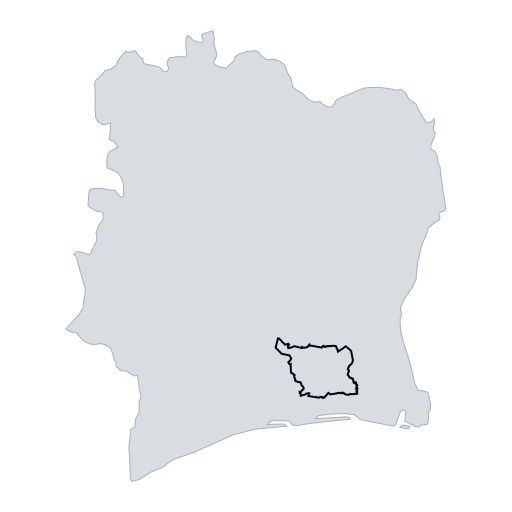 location of Agneby-Tiassa, Agnéby, Ivory Coast
{"feature_id": "98640826B52449815511854", "entity_name": "Agneby-Tiassa", "entity_type": "district", "adm_level": 2, "iso_a3": "CIV", "parent_name": "Ivory Coast", "parent_adm1": "Agnéby", "projection": "robinson", "projection_center": [-4.418, 5.953], "detail": "fine", "context": "in_parent", "style": "outline", "palette": "ink", "viewbox_px": 512, "rotation_deg": 0, "n_neighbors": 0, "source": "geoboundaries", "source_scale": "gbopen_adm2", "svg_char_len": 8830}
<svg xmlns="http://www.w3.org/2000/svg" viewBox="0 0 512 512"><path d="M104.8,70.4L106.7,70.4L111.5,68.8L115.8,65.2L119.9,57.7L125.4,51.7L131.5,52.1L133.3,51.0L135.5,50.8L138.1,54.8L140.7,57.8L142.5,57.9L143.8,63.6L155.1,66.0L159.9,67.5L163.9,71.7L165.3,71.8L167.1,70.9L168.4,69.5L168.7,67.9L166.9,64.1L167.7,60.7L169.5,57.7L172.4,57.5L176.8,56.7L181.8,56.7L185.5,57.2L187.0,54.2L185.6,45.7L186.0,41.0L186.6,37.1L188.0,35.5L193.5,40.5L198.6,42.2L202.3,42.4L203.3,41.4L201.7,36.0L202.2,34.4L203.5,33.5L205.9,32.9L212.4,30.7L213.1,31.2L214.3,39.7L213.7,42.5L215.1,48.2L216.7,53.6L216.6,55.8L215.2,59.1L213.6,62.2L213.8,63.4L216.3,65.5L221.3,67.6L226.4,68.1L229.3,65.0L232.3,62.5L234.3,60.2L235.0,56.8L238.3,54.4L247.6,51.3L256.1,50.8L258.2,51.8L262.1,56.5L267.0,59.7L274.4,59.3L279.8,61.2L284.5,64.8L287.6,72.8L291.1,78.6L292.6,86.9L298.0,91.2L302.2,93.1L308.0,99.1L314.0,102.2L320.1,101.5L323.0,104.6L327.6,106.8L332.2,107.0L336.3,100.1L341.6,97.3L355.1,91.8L360.5,89.3L365.9,87.8L378.9,87.3L391.0,89.0L397.0,90.2L401.2,89.3L405.1,92.6L409.1,99.4L412.4,101.6L415.8,104.0L418.3,109.4L421.2,114.8L422.8,117.2L426.5,122.5L429.6,122.6L432.7,120.3L434.0,118.6L434.6,122.1L433.4,127.8L433.6,131.3L435.3,132.6L434.4,137.2L430.9,144.9L430.8,149.4L434.4,150.8L436.9,155.7L438.4,164.0L440.0,166.7L440.1,168.4L442.7,188.5L445.9,208.6L443.9,211.2L441.1,211.9L439.3,212.9L438.8,214.8L440.0,217.5L439.2,220.0L435.8,221.7L428.2,228.1L427.7,230.7L425.7,236.1L424.1,239.4L421.6,245.6L417.7,261.9L416.3,275.4L416.1,279.5L414.6,282.4L412.9,286.6L404.7,298.2L400.5,307.6L401.1,311.8L401.3,315.9L400.0,318.9L400.3,326.8L401.3,333.5L402.8,340.1L408.7,358.7L411.8,369.9L413.7,379.0L415.4,385.1L417.0,387.6L417.6,390.0L426.4,391.6L428.2,393.0L430.6,404.8L430.2,410.2L428.4,412.2L428.5,416.7L428.1,422.4L426.8,424.6L421.9,424.9L418.5,427.0L414.1,426.2L413.7,424.8L411.3,424.3L404.8,421.1L405.9,410.8L402.8,410.4L400.5,411.7L395.9,424.0L393.6,426.2L361.0,419.8L353.9,414.7L345.5,413.5L330.7,414.1L318.5,415.6L315.0,418.7L345.8,416.9L349.1,417.3L350.6,419.1L311.7,423.2L296.8,425.6L292.5,425.0L289.1,421.0L273.0,420.6L269.7,421.8L267.7,424.8L274.0,424.1L284.1,424.0L286.7,426.2L255.4,429.1L233.6,434.6L224.4,438.8L194.0,452.3L175.5,458.6L170.7,461.0L162.2,467.6L151.4,471.8L139.3,479.5L131.8,481.3L130.2,478.8L130.0,465.7L129.0,448.0L129.4,441.3L130.4,435.0L130.4,429.7L134.1,427.7L135.1,425.5L135.6,418.7L139.1,412.5L139.2,401.6L140.2,399.4L141.0,396.5L139.5,389.4L137.6,375.9L136.7,375.1L135.9,375.6L133.9,375.9L126.3,371.2L120.4,370.4L116.3,366.5L116.0,362.0L114.0,359.3L112.7,354.1L110.6,348.1L104.8,344.5L99.4,343.6L95.5,344.4L91.0,344.2L85.8,342.2L82.2,339.9L78.8,335.5L75.7,332.0L73.1,332.4L70.1,331.6L67.1,330.0L66.1,328.8L78.7,314.9L83.0,308.0L83.5,303.9L83.6,299.7L84.9,295.4L85.3,288.8L78.4,264.9L76.6,257.5L74.8,255.3L73.6,254.5L77.1,251.5L82.0,252.3L89.4,254.7L91.0,252.3L96.7,240.2L96.6,235.8L96.0,232.7L99.3,224.4L101.9,221.2L103.3,217.8L102.9,213.1L100.9,211.3L98.3,211.6L95.2,210.5L90.4,207.8L88.0,205.4L88.8,194.5L89.2,191.1L90.9,189.1L93.6,188.6L100.9,188.3L106.9,189.5L112.2,190.3L115.0,190.2L117.2,193.5L120.2,196.8L122.9,196.8L123.8,194.3L123.2,183.5L121.5,177.9L117.5,172.4L107.1,167.7L106.8,161.1L107.9,154.0L110.2,151.4L117.9,146.9L116.5,144.5L114.1,141.9L109.2,139.3L110.3,130.8L110.6,123.2L106.4,124.1L102.2,124.5L98.6,122.2L95.6,117.6L95.1,104.9L95.1,90.3L94.6,83.8L95.7,80.4L99.4,77.2L103.4,73.1L104.8,70.4ZM409.9,426.3L408.2,429.1L400.0,427.4L401.9,425.0L409.9,426.3Z" fill="#d9dde1" stroke="#a8b0b8" stroke-width="1"/><path d="M310.3,345.5L310.1,345.7L309.9,345.6L309.4,345.4L309.1,345.0L309.1,344.9L309.0,345.0L309.0,345.3L309.0,345.5L308.9,345.6L308.7,345.6L308.5,346.0L308.1,346.4L307.7,346.5L307.5,347.0L307.3,347.1L307.2,347.1L306.9,347.0L306.6,347.2L306.2,347.4L305.6,347.5L305.4,347.5L305.1,347.6L304.7,347.7L304.2,347.8L303.9,347.8L303.5,347.6L303.2,347.6L302.8,347.7L302.5,347.5L302.4,347.3L302.0,346.9L301.8,347.0L301.7,347.3L302.0,347.5L302.1,347.9L301.5,348.1L301.4,348.0L301.3,347.9L301.1,347.9L294.9,346.3L294.2,346.3L293.3,346.5L293.1,346.6L292.9,346.9L292.2,347.1L291.7,347.4L291.2,347.6L290.7,347.9L290.2,347.7L289.1,348.0L288.8,347.9L288.6,348.0L288.3,348.1L288.1,347.5L288.2,347.2L287.9,346.2L288.5,345.7L289.0,344.9L289.1,344.4L288.3,343.8L287.9,343.9L287.5,343.9L287.1,344.1L286.7,344.3L286.3,344.4L286.0,344.5L285.7,344.4L285.3,344.4L285.0,344.6L283.4,342.9L282.7,342.6L282.1,341.7L281.8,341.3L279.3,338.7L278.0,338.3L275.6,347.6L281.7,353.8L289.5,355.4L291.2,358.5L290.4,360.2L288.3,362.2L289.5,364.2L290.5,364.8L290.7,364.6L290.7,368.5L290.8,368.7L291.0,372.3L291.0,372.6L291.6,373.2L292.2,373.2L292.4,373.3L292.9,373.9L293.1,374.0L293.3,374.3L293.7,374.4L293.9,374.4L294.1,374.6L294.6,374.9L294.6,375.1L294.3,375.5L294.2,375.7L294.3,375.9L294.2,376.2L294.3,376.8L294.3,377.7L294.6,377.9L294.8,378.3L294.9,378.6L295.0,378.8L295.0,379.1L295.2,379.3L295.2,379.8L295.1,380.2L295.1,380.4L295.1,380.5L295.9,381.3L296.0,381.3L296.6,381.3L297.1,381.5L298.2,382.1L299.6,382.1L300.4,382.2L300.4,382.4L300.5,382.4L300.6,382.5L300.8,382.8L300.9,383.1L301.2,383.4L301.2,383.6L301.2,384.1L301.5,385.1L301.9,385.7L302.1,386.0L302.7,386.3L302.9,386.5L303.3,387.3L303.7,388.1L303.7,388.4L303.3,389.4L302.9,389.6L302.5,389.8L301.8,390.4L301.5,390.9L301.2,391.7L301.1,391.8L300.5,392.2L300.4,392.2L300.2,392.1L299.6,391.9L299.6,392.0L299.6,392.3L299.7,392.5L299.9,392.7L299.9,393.2L300.1,393.3L300.3,393.5L300.5,394.0L300.7,394.6L300.9,394.8L300.8,395.7L304.9,394.6L305.0,394.5L305.2,394.4L305.9,394.1L306.3,393.7L306.7,393.5L307.0,393.5L307.2,393.4L307.4,393.4L307.7,393.3L307.9,393.3L308.3,393.2L308.5,393.3L308.8,393.2L309.2,393.3L308.4,396.0L315.8,397.2L316.0,397.2L316.3,397.0L316.5,397.0L316.8,397.1L317.0,397.4L317.3,397.4L318.7,397.7L319.0,397.7L319.6,397.2L319.8,397.0L320.1,397.0L320.7,396.9L321.0,397.1L321.5,396.9L321.6,397.0L321.8,397.3L322.3,397.4L322.5,397.6L322.8,397.4L322.9,397.6L323.0,397.5L323.3,397.6L323.4,397.4L323.7,397.7L323.9,397.7L324.2,397.7L328.4,392.9L330.4,394.4L336.6,393.4L336.9,393.2L337.3,393.2L337.7,393.0L338.0,393.0L338.3,393.1L338.7,392.9L339.0,393.0L339.4,392.9L339.7,393.0L340.0,393.0L340.5,393.3L341.3,393.1L341.8,392.6L342.4,393.0L342.9,392.9L342.9,393.2L343.1,393.3L343.3,393.2L343.6,393.3L343.9,393.1L344.0,393.1L344.2,393.4L344.7,393.9L344.9,394.1L345.2,394.2L346.6,394.7L346.8,394.7L347.2,394.6L347.7,394.6L348.5,394.8L350.6,393.9L350.9,394.2L351.1,394.2L353.1,394.2L353.7,394.1L354.6,393.9L355.2,393.9L355.9,393.8L356.3,393.9L356.7,393.8L356.5,393.6L356.4,393.3L356.6,393.1L356.6,392.8L356.7,392.6L356.9,392.6L356.8,392.4L356.9,392.2L356.7,391.9L356.7,391.7L356.6,391.4L356.5,391.2L356.6,390.9L356.6,390.7L356.8,390.7L357.0,390.8L357.2,390.7L357.1,390.4L357.0,389.9L356.9,389.8L356.9,389.5L356.9,389.4L356.7,389.4L356.7,389.1L356.8,389.0L356.7,389.0L356.5,388.7L356.6,388.4L356.4,388.4L356.2,388.4L356.3,388.2L356.6,388.0L356.7,387.9L356.6,387.7L356.4,387.6L356.4,387.3L356.6,387.2L356.9,386.8L356.9,386.5L356.8,386.3L356.9,386.1L356.9,385.8L357.0,385.7L356.9,385.6L357.1,385.5L357.2,385.4L357.0,385.2L356.9,385.1L356.9,384.7L356.7,384.5L356.4,384.6L356.3,384.4L356.1,384.3L355.9,384.1L355.7,383.8L355.7,383.4L355.8,383.3L356.0,383.3L356.1,382.8L356.0,382.6L355.8,382.8L355.6,382.5L355.4,382.5L355.2,382.5L355.1,382.4L354.9,382.3L354.7,382.4L354.6,382.8L354.0,383.0L353.8,382.9L353.7,382.7L353.5,382.2L353.4,381.8L353.4,381.3L353.5,380.7L353.4,380.2L353.1,380.0L352.9,379.7L352.9,378.8L352.8,378.6L352.6,378.7L352.6,378.9L352.2,378.7L351.9,378.5L351.6,378.5L351.4,378.1L351.0,377.8L350.7,377.8L350.5,378.0L350.1,377.8L349.8,377.6L349.5,377.3L349.2,377.1L349.1,376.6L348.9,376.1L348.6,375.8L348.4,375.5L348.0,375.1L347.8,374.9L347.8,374.7L347.7,374.5L347.7,374.3L347.9,373.5L348.2,373.1L348.3,372.5L348.5,372.2L348.6,371.7L348.9,371.5L349.0,371.3L349.0,371.2L348.8,370.9L348.9,370.5L348.7,370.0L348.6,369.8L347.8,369.3L347.8,369.1L347.8,368.8L348.0,368.2L348.3,367.8L348.3,367.6L348.8,366.8L349.1,366.6L349.1,366.4L349.1,365.8L349.2,365.6L350.0,365.2L350.4,364.9L351.4,363.9L351.8,363.4L352.3,362.5L352.4,362.1L352.9,360.6L352.8,359.6L351.5,352.9L351.2,351.0L348.7,348.7L345.7,346.3L345.2,346.6L343.0,348.4L342.9,348.4L338.2,351.5L338.2,351.4L337.8,351.0L337.7,350.9L337.6,350.4L337.7,350.0L337.5,349.9L337.4,349.8L337.2,349.2L337.1,348.8L337.0,348.5L336.7,348.3L336.6,348.0L336.5,347.6L336.2,347.3L336.2,347.1L336.3,346.7L336.1,346.3L335.7,346.0L335.3,346.1L334.6,345.9L334.1,345.8L333.6,345.9L333.2,345.8L332.3,345.9L332.0,345.9L331.4,345.8L330.9,346.2L330.7,346.2L330.3,346.1L329.3,346.1L328.6,346.0L328.4,346.0L328.2,346.2L327.9,346.3L327.3,346.1L327.0,346.0L325.9,346.8L325.6,346.6L325.3,346.6L325.1,346.8L324.4,346.9L324.2,346.8L324.1,346.3L323.7,345.8L323.2,345.9L322.9,346.0L322.1,347.1L321.8,347.6L310.3,345.5Z" fill="none" stroke="#020617" stroke-width="2"/></svg>